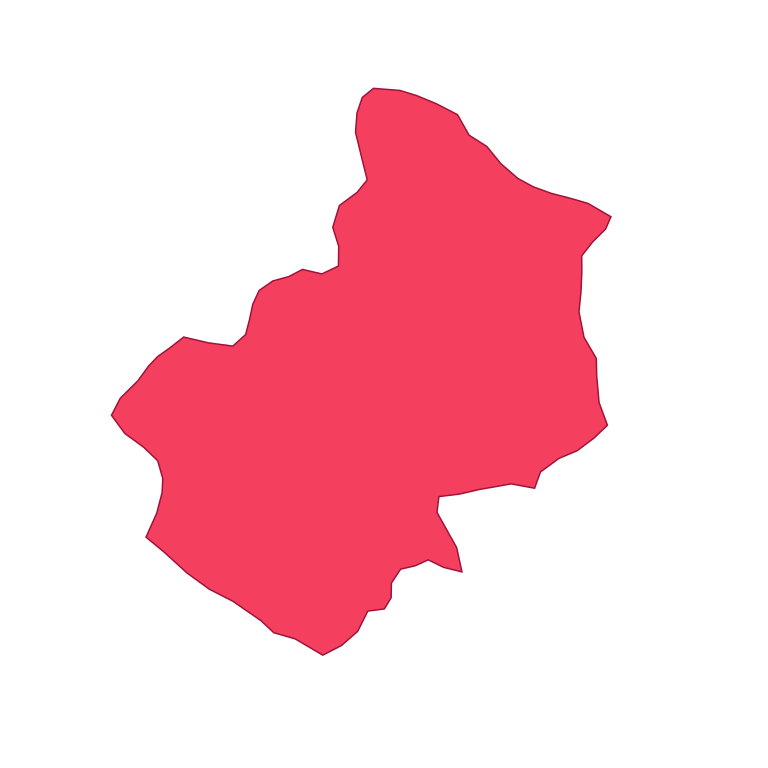 outline of Pingo d'Água, Minas Gerais, Brazil, rotated 126°
{"feature_id": "56859067B13072007558116", "entity_name": "Pingo d'Água", "entity_type": "district", "adm_level": 2, "iso_a3": "BRA", "parent_name": "Brazil", "parent_adm1": "Minas Gerais", "projection": "equal_earth", "projection_center": [-42.425, -19.742], "detail": "fine", "context": "isolated", "style": "filled", "palette": "rose", "viewbox_px": 768, "rotation_deg": 126, "n_neighbors": 0, "source": "geoboundaries", "source_scale": "gbopen_adm2", "svg_char_len": 1263}
<svg xmlns="http://www.w3.org/2000/svg" viewBox="0 0 768 768"><g transform="rotate(126 384 384)"><path d="M115.3,298.7L118.0,325.1L124.3,342.6L131.4,360.6L136.8,379.3L139.0,396.5L137.1,418.8L131.4,440.4L132.7,461.3L122.9,482.9L126.5,506.3L131.4,526.8L137.1,543.6L151.0,566.3L164.9,570.0L180.5,565.2L197.1,555.0L214.5,534.5L228.7,517.6L244.8,518.4L265.8,525.0L287.3,517.6L299.3,501.5L315.4,490.2L331.5,499.0L339.2,517.3L353.1,524.2L365.9,534.5L381.7,540.0L396.7,537.0L410.6,530.8L425.3,525.0L442.2,528.6L453.9,550.2L463.8,573.7L480.4,578.4L494.6,583.2L507.7,585.0L525.9,585.0L550.5,589.0L569.5,586.1L576.4,564.5L576.4,541.8L579.1,522.0L590.5,507.4L602.3,499.7L621.9,492.0L647.8,486.5L649.2,463.8L652.7,432.0L652.7,404.5L648.6,378.5L647.8,344.5L650.0,326.9L642.4,306.0L639.4,274.2L620.6,264.7L599.6,259.9L577.2,263.6L565.8,251.5L552.7,252.6L540.7,261.0L524.0,261.7L512.6,251.8L500.3,244.9L497.3,228.0L490.2,210.5L473.6,229.1L456.7,265.7L442.8,273.4L428.9,258.4L413.3,244.9L401.6,233.5L390.1,222.5L379.8,200.9L363.1,205.7L341.3,198.7L324.4,188.5L304.2,182.3L286.0,179.0L272.6,199.1L252.4,216.7L238.5,227.3L228.7,249.6L211.0,268.7L193.5,278.9L176.9,289.9L164.1,299.4L146.6,298.7L128.4,295.8L115.3,298.7Z" fill="#f43f5e" stroke="#9f1239" stroke-width="1.5"/></g></svg>